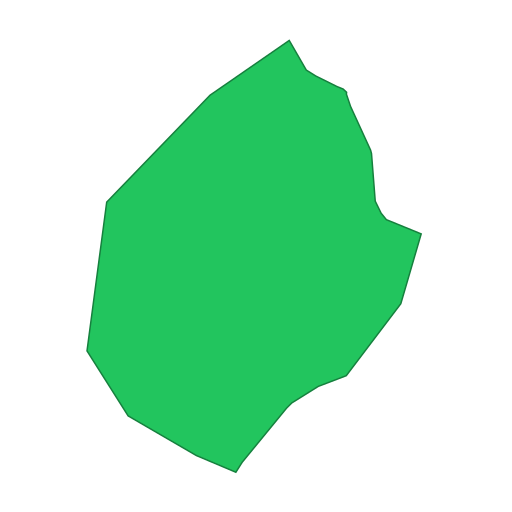 SVG path tracing the border of Saint Philip, rotated 183°
{"feature_id": "BRB-1998", "entity_name": "Saint Philip", "entity_type": "Parish", "adm_level": 1, "iso_a3": "BRB", "parent_name": "Barbados", "parent_adm1": "", "projection": "robinson", "projection_center": [-59.481, 13.137], "detail": "fine", "context": "isolated", "style": "filled", "palette": "green", "viewbox_px": 512, "rotation_deg": 183, "n_neighbors": 0, "source": "natural_earth", "source_scale": "10m", "svg_char_len": 489}
<svg xmlns="http://www.w3.org/2000/svg" viewBox="0 0 512 512"><g transform="rotate(183 256 256)"><path d="M264.8,39.0L305.1,53.6L375.3,89.6L419.8,152.4L407.9,302.0L310.3,414.2L234.1,473.0L215.5,444.3L205.8,438.9L184.1,429.5L177.7,427.3L174.1,424.2L174.2,422.4L169.4,410.3L147.1,367.7L146.0,364.3L139.8,317.0L133.3,305.3L127.7,299.1L92.2,286.7L108.9,215.9L159.6,141.2L186.9,129.1L212.5,111.2L217.4,105.8L259.0,49.3L264.8,39.0Z" fill="#22c55e" stroke="#15803d" stroke-width="1.5"/></g></svg>